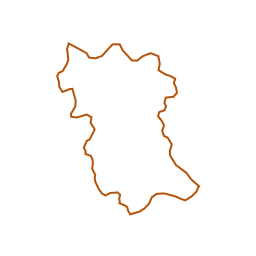 Gumi-si, North Gyeongsang, South Korea, rotated 204°
{"feature_id": "91817680B86853073591153", "entity_name": "Gumi-si", "entity_type": "district", "adm_level": 2, "iso_a3": "KOR", "parent_name": "South Korea", "parent_adm1": "North Gyeongsang", "projection": "natural_earth1", "projection_center": [128.363, 36.205], "detail": "fine", "context": "isolated", "style": "outline", "palette": "amber", "viewbox_px": 256, "rotation_deg": 204, "n_neighbors": 0, "source": "geoboundaries", "source_scale": "gbopen_adm2", "svg_char_len": 1416}
<svg xmlns="http://www.w3.org/2000/svg" viewBox="0 0 256 256"><g transform="rotate(204 128 128)"><path d="M156.2,86.9L151.0,87.5L148.5,85.6L146.9,83.7L145.4,80.6L144.4,76.5L142.5,74.9L138.8,71.8L138.1,68.7L135.6,65.2L129.7,60.2L125.3,57.7L121.2,57.1L117.7,61.5L111.2,64.9L108.0,63.7L107.4,59.9L105.2,56.8L105.3,55.9L98.6,55.9L96.6,55.4L94.2,52.4L90.8,50.0L83.4,56.4L80.0,61.7L78.0,67.6L78.0,74.5L75.1,79.4L68.7,82.8L63.3,83.8L56.4,84.8L49.6,84.8L46.1,85.3L41.7,92.1L39.7,97.5L39.7,102.9L39.4,103.7L49.5,106.8L56.4,110.8L69.2,113.7L78.5,120.1L80.4,124.0L81.4,130.9L87.8,135.3L91.7,135.3L95.6,139.2L96.1,145.1L100.5,148.5L105.4,151.0L105.9,155.4L102.0,158.8L102.0,163.3L104.9,165.7L105.9,171.1L99.1,175.0L97.6,180.0L100.5,184.4L104.4,187.8L104.9,192.2L110.3,192.7L116.2,192.2L123.6,193.2L125.1,199.6L129.5,206.0L137.8,205.5L143.7,199.6L147.1,193.2L152.0,191.3L158.4,194.2L164.3,196.7L169.7,201.1L176.1,198.1L178.0,192.7L181.0,183.4L185.9,178.5L192.3,176.5L196.2,179.5L201.6,180.0L216.6,181.1L216.3,179.5L215.8,175.5L212.9,170.6L210.4,166.2L209.9,161.3L210.9,153.4L213.8,150.0L213.8,146.6L209.9,142.1L207.5,137.7L202.6,134.3L197.2,139.7L194.7,141.2L192.3,138.2L186.9,131.8L184.9,126.0L185.9,117.6L184.4,115.2L179.5,116.6L175.6,119.6L171.2,123.5L165.8,123.0L164.3,117.6L157.9,113.2L157.9,110.3L158.4,101.9L160.4,99.5L160.4,95.1L160.4,92.1L157.4,89.7L156.2,86.9Z" fill="none" stroke="#b45309" stroke-width="2"/></g></svg>